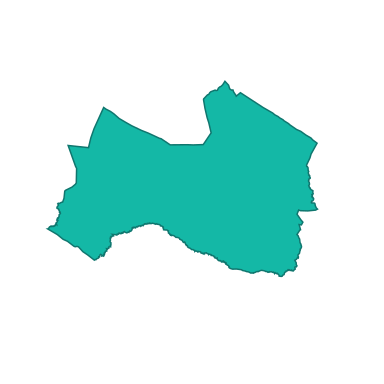 outline of Simanjiro, Manyara, United Republic of Tanzania, rotated 124°
{"feature_id": "72390352B2790991966076", "entity_name": "Simanjiro", "entity_type": "district", "adm_level": 2, "iso_a3": "TZA", "parent_name": "United Republic of Tanzania", "parent_adm1": "Manyara", "projection": "robinson", "projection_center": [37.302, -4.321], "detail": "fine", "context": "isolated", "style": "filled", "palette": "teal", "viewbox_px": 384, "rotation_deg": 124, "n_neighbors": 0, "source": "geoboundaries", "source_scale": "gbopen_adm2", "svg_char_len": 5998}
<svg xmlns="http://www.w3.org/2000/svg" viewBox="0 0 384 384"><g transform="rotate(124 192 192)"><path d="M136.0,78.4L135.7,80.1L134.4,82.1L132.9,83.6L132.7,84.2L134.2,86.9L133.7,87.4L132.7,87.6L132.4,87.6L132.0,87.0L130.7,86.9L129.6,87.3L129.3,87.8L129.3,89.0L128.9,88.9L128.8,89.8L128.5,89.6L127.3,91.0L127.2,90.5L126.8,90.4L125.5,90.7L125.3,91.3L123.3,92.5L123.5,94.6L123.2,96.0L122.7,96.0L122.5,96.7L122.3,97.8L121.6,98.2L121.3,98.9L120.2,98.8L119.5,99.2L118.4,100.3L118.0,101.3L117.3,101.8L116.7,101.7L116.1,102.4L114.7,101.7L114.3,101.8L113.8,102.3L113.8,102.9L112.7,103.5L112.7,104.6L112.3,104.6L111.7,105.7L110.6,106.6L109.7,106.7L109.1,107.8L107.0,109.4L106.5,110.5L106.7,111.2L105.5,112.1L97.7,113.3L94.0,114.5L81.6,115.6L81.3,121.2L80.7,123.5L81.1,129.4L80.9,135.8L81.7,140.2L81.6,148.4L81.3,150.2L81.5,155.5L81.2,157.0L81.5,160.7L81.3,162.9L81.7,166.4L81.4,169.3L82.2,180.4L82.6,207.4L87.8,208.9L87.3,209.6L85.9,213.2L84.5,215.2L85.4,216.0L85.4,218.4L83.0,221.4L81.8,226.6L85.8,226.5L88.0,226.9L89.3,227.7L91.1,228.2L93.5,227.8L94.5,228.8L94.6,229.8L98.4,232.5L99.8,232.8L101.7,232.7L102.9,233.5L108.3,234.4L109.1,234.0L115.4,228.0L122.0,220.9L125.2,216.8L132.3,209.2L146.4,209.2L152.3,217.3L155.4,222.3L165.1,236.4L165.1,247.4L165.7,249.1L167.6,261.1L169.2,268.3L170.8,279.0L171.3,285.4L171.8,293.5L170.9,300.4L170.8,304.7L171.4,309.6L171.3,312.5L194.3,308.6L203.8,306.1L213.1,302.6L222.7,320.7L235.9,302.8L236.9,300.9L249.2,293.0L250.8,293.0L255.0,294.2L261.3,297.8L262.4,298.0L268.8,294.6L272.7,293.6L273.6,294.5L275.6,295.5L276.1,296.6L276.9,296.7L277.1,295.9L277.7,295.3L279.5,295.5L280.5,295.2L280.7,294.0L280.9,294.1L280.7,293.2L281.4,292.5L281.3,291.9L282.2,291.1L282.4,290.1L282.9,290.2L282.8,289.8L283.2,289.6L283.4,289.1L285.4,289.4L286.3,288.6L288.6,288.3L288.7,288.9L289.1,288.9L289.6,288.6L290.2,288.6L290.4,287.5L291.0,287.9L291.1,287.3L292.4,287.0L293.4,287.4L294.5,286.2L294.4,286.8L294.6,287.1L295.6,287.0L296.0,286.5L297.6,287.2L297.4,287.5L297.8,287.6L297.9,288.0L298.4,288.2L298.3,288.7L299.0,289.7L299.3,289.5L299.5,290.0L300.7,290.6L301.3,290.4L302.2,290.7L302.7,290.4L303.3,291.0L302.6,279.9L303.3,272.4L302.5,267.7L303.0,259.4L302.7,258.2L301.5,257.1L300.9,255.6L302.5,249.1L302.5,243.4L303.1,234.9L302.5,234.8L301.9,233.8L300.9,233.8L299.0,232.6L298.3,232.6L297.8,233.1L297.4,232.4L295.4,233.1L294.7,232.8L294.8,231.3L295.5,230.9L294.7,230.2L294.6,229.4L293.6,229.5L293.2,230.1L292.8,229.7L292.1,229.8L291.8,230.6L290.6,230.2L289.7,230.6L288.6,229.7L288.2,230.2L287.5,230.2L286.8,231.1L286.5,230.3L286.1,230.5L285.3,229.5L284.1,230.2L282.9,228.8L282.1,229.7L281.6,229.5L281.3,229.9L280.7,229.9L279.3,231.0L279.4,231.4L278.6,232.5L277.6,232.6L276.1,234.0L275.6,233.6L275.0,234.2L274.6,233.8L274.1,234.2L273.7,233.5L273.3,233.6L272.3,232.5L271.7,233.2L271.6,234.2L270.3,231.9L269.7,230.2L268.7,230.5L268.2,229.5L266.8,229.5L266.9,228.8L266.6,228.5L266.4,227.7L265.9,227.3L266.1,227.9L264.9,227.3L264.9,226.6L264.2,226.3L263.6,226.5L263.1,225.9L262.7,225.9L262.8,225.0L262.3,223.1L260.7,222.4L260.7,221.9L260.4,222.0L259.7,221.5L259.2,221.7L259.2,221.3L258.5,220.7L256.9,220.6L255.1,221.5L254.6,220.5L254.1,220.8L254.0,220.1L253.5,220.1L253.3,218.7L251.8,218.7L251.4,217.5L250.2,217.5L249.9,216.8L249.4,216.6L248.8,215.9L249.1,215.3L247.3,214.7L247.3,213.7L245.1,213.6L245.0,213.1L244.4,212.9L244.4,212.3L243.7,211.4L243.2,211.5L243.2,211.2L242.7,211.0L242.8,210.6L242.2,210.3L242.0,209.7L241.3,209.6L241.5,208.9L241.1,208.5L240.9,208.0L240.1,207.5L239.3,205.6L239.4,205.3L239.0,205.0L239.1,204.2L238.0,203.5L238.3,203.1L237.1,200.5L237.3,199.6L237.7,199.3L237.6,198.8L237.3,198.7L237.0,196.7L237.2,196.1L237.9,196.1L238.4,195.1L239.1,194.5L238.8,194.3L238.7,193.3L237.6,191.7L237.4,189.8L238.2,189.7L238.7,188.8L239.2,188.5L239.0,187.8L239.5,186.9L239.2,186.4L239.9,185.7L239.7,185.0L239.3,185.0L239.5,184.5L238.7,183.8L238.3,182.3L238.6,179.9L238.0,179.1L237.4,177.4L237.5,176.3L238.0,175.7L237.6,173.2L238.5,171.4L238.4,170.4L237.6,170.2L237.6,169.7L239.1,167.8L238.9,167.3L239.4,166.8L239.1,166.5L239.1,165.7L239.9,165.1L240.1,164.0L239.7,162.3L239.9,159.9L239.1,158.9L239.2,157.8L238.9,157.0L239.6,156.5L239.2,156.4L238.4,155.0L238.5,153.7L237.8,153.6L237.9,153.1L236.9,152.0L236.9,151.1L237.5,150.6L236.9,148.0L236.6,148.2L236.7,147.4L236.3,147.5L236.0,147.0L235.5,147.3L234.3,146.0L234.6,145.2L234.2,144.0L234.5,143.3L234.1,143.4L233.3,141.3L233.8,140.8L233.4,140.5L233.6,139.8L233.1,139.2L232.9,138.1L233.4,137.5L233.1,136.8L233.8,136.3L233.3,134.6L232.7,134.2L233.6,133.5L234.0,131.8L233.7,130.7L233.1,130.5L232.9,129.6L233.4,129.1L233.4,128.0L232.6,127.4L232.1,127.8L231.6,127.4L231.8,126.2L232.3,126.0L231.9,125.1L232.5,125.2L231.6,124.6L231.8,124.0L232.5,124.1L232.5,123.7L232.9,123.4L232.6,122.9L232.9,122.1L232.7,120.9L233.1,119.5L233.6,119.5L234.0,118.8L233.9,117.3L233.3,115.3L231.0,112.1L228.7,107.4L228.9,106.4L227.7,103.5L227.6,102.5L226.6,100.4L226.3,97.8L225.6,97.1L225.0,95.8L224.6,95.9L223.9,95.0L222.0,94.0L221.2,93.1L221.2,92.7L219.1,91.5L218.0,90.5L216.8,87.8L216.7,86.4L216.1,85.6L216.1,84.3L215.8,84.3L215.5,83.4L214.9,83.3L215.0,83.0L213.7,81.7L213.6,80.3L212.9,79.7L213.3,78.3L212.8,78.2L213.1,77.9L212.8,77.9L212.7,77.4L212.6,77.8L212.4,77.7L212.4,76.6L211.9,76.1L212.1,75.9L211.8,75.6L212.0,75.4L211.8,75.2L212.4,73.0L213.0,72.7L212.1,70.8L211.2,70.1L210.3,70.3L209.0,69.5L206.9,70.2L205.5,69.5L205.0,69.8L204.1,68.9L202.8,68.9L202.8,67.9L202.1,68.0L201.8,65.8L201.0,65.7L201.1,64.3L200.7,63.8L199.4,63.8L198.2,63.3L196.9,64.7L196.0,64.2L195.8,63.7L195.0,63.6L194.4,63.8L193.8,65.1L192.5,65.9L191.1,68.6L189.5,67.8L187.6,67.8L187.4,67.0L186.3,67.4L185.9,68.3L184.6,69.0L183.4,68.7L182.4,68.7L181.0,69.5L180.2,69.5L178.9,70.4L178.6,70.1L176.8,70.3L175.7,70.9L175.0,72.0L174.4,72.4L173.6,74.1L170.8,76.5L170.3,77.7L168.9,79.6L168.6,81.2L163.3,81.3L162.6,80.9L159.1,85.0L158.1,82.9L155.0,83.2L154.2,86.1L151.7,92.5L147.3,93.5L147.0,91.9L142.9,85.4L137.9,79.4L136.0,78.4Z" fill="#14b8a6" stroke="#0f766e" stroke-width="1.5"/></g></svg>